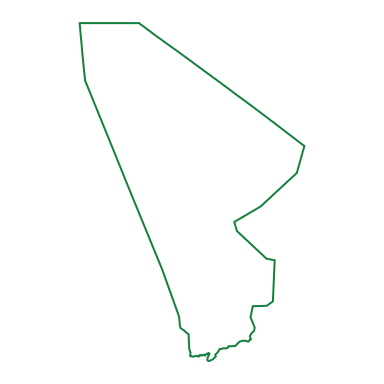 the district of Tombouctou, Timbuktu, Mali
{"feature_id": "8926073B54989133575544", "entity_name": "Tombouctou", "entity_type": "district", "adm_level": 2, "iso_a3": "MLI", "parent_name": "Mali", "parent_adm1": "Timbuktu", "projection": "robinson", "projection_center": [-3.022, 20.751], "detail": "fine", "context": "isolated", "style": "outline", "palette": "green", "viewbox_px": 384, "rotation_deg": 0, "n_neighbors": 0, "source": "geoboundaries", "source_scale": "gbopen_adm2", "svg_char_len": 2875}
<svg xmlns="http://www.w3.org/2000/svg" viewBox="0 0 384 384"><path d="M274.7,260.2L266.5,258.7L236.9,231.0L234.3,221.9L260.6,206.5L274.4,193.7L296.8,173.0L304.4,146.0L304.1,145.8L303.0,145.0L302.8,144.8L302.0,144.2L301.5,143.9L299.7,142.5L299.4,142.3L299.1,142.0L295.5,139.3L294.5,138.5L293.4,137.6L293.0,137.4L292.0,136.6L291.8,136.4L287.3,133.0L277.8,125.7L270.4,120.1L265.2,116.1L255.8,109.1L252.2,106.3L247.4,102.8L246.2,101.9L245.5,101.4L245.4,101.3L244.5,100.6L243.2,99.7L242.5,99.2L242.1,98.9L236.2,94.6L228.6,88.8L228.3,88.6L227.1,87.7L226.6,87.4L226.1,87.0L225.8,86.7L224.8,86.0L222.4,84.3L222.1,84.0L221.1,83.3L221.0,83.2L220.2,82.6L219.7,82.2L218.1,81.1L216.8,80.1L216.0,79.5L214.6,78.5L212.9,77.3L212.4,76.9L212.1,76.7L210.5,75.5L207.0,72.9L204.3,71.0L201.6,68.9L201.1,68.6L200.8,68.4L197.6,66.0L194.3,63.6L194.2,63.6L192.9,62.5L189.9,60.3L186.2,57.6L184.6,56.5L184.4,56.3L181.5,54.2L171.4,46.9L170.7,46.4L167.5,44.1L166.9,43.7L155.4,35.4L147.4,29.4L145.1,27.6L140.8,24.5L140.2,24.0L139.0,23.0L138.9,23.1L133.3,23.1L125.0,23.1L123.6,23.1L112.8,23.1L98.9,23.1L89.0,23.1L83.2,23.1L79.9,23.1L79.6,23.2L79.6,23.4L79.7,24.1L79.9,25.7L80.6,33.9L81.9,47.9L82.6,56.1L83.3,62.9L83.5,65.0L83.8,68.3L84.0,70.1L84.1,70.6L84.1,70.9L84.4,73.4L84.4,74.1L84.5,75.1L84.6,75.6L84.7,76.6L84.7,77.0L84.9,78.3L85.0,79.8L85.1,80.4L85.1,80.5L116.4,157.4L127.6,185.2L162.2,269.5L179.0,316.4L179.5,320.8L179.8,325.2L180.5,328.0L184.2,330.6L188.6,334.5L189.1,345.9L189.3,349.4L189.7,350.4L190.0,351.3L190.4,352.3L190.5,353.5L190.4,354.5L190.1,355.3L190.1,355.8L190.5,356.3L191.3,356.1L192.2,356.6L193.1,356.6L193.9,356.5L194.6,356.3L195.3,356.2L195.7,355.9L196.2,355.9L196.7,355.9L197.9,356.3L198.6,356.6L198.9,356.4L199.0,356.2L199.1,355.9L199.3,355.4L199.4,355.2L199.8,355.2L200.1,355.2L200.4,355.1L200.7,355.0L201.2,355.1L201.3,355.2L201.5,355.4L201.5,355.6L201.9,355.6L202.2,355.5L202.6,355.2L202.9,355.0L203.0,354.9L203.3,354.7L203.8,354.7L204.2,354.8L204.5,355.0L204.7,355.4L205.0,355.6L205.3,355.5L205.3,355.4L205.6,354.9L205.7,354.7L205.9,354.4L206.3,354.2L206.5,354.0L206.8,353.8L207.1,353.9L207.5,353.9L207.7,354.1L207.8,354.1L208.0,353.9L208.2,353.6L208.1,353.3L208.1,353.2L208.3,353.0L208.5,353.1L208.8,353.3L209.2,353.2L209.5,352.7L209.4,353.5L208.2,356.7L207.6,357.9L207.4,359.4L207.6,360.6L209.1,361.0L212.8,359.4L215.8,356.4L215.3,355.3L215.5,354.4L216.8,353.2L218.0,351.9L218.2,351.6L219.7,349.0L220.4,348.9L221.1,349.1L221.8,348.9L222.8,348.4L223.9,348.2L224.7,348.4L225.9,348.4L226.9,348.2L227.9,347.7L228.3,346.4L229.0,346.1L229.7,346.4L230.8,346.2L233.5,346.1L235.4,345.9L239.1,342.0L239.7,341.6L241.8,341.0L243.5,340.7L246.5,340.9L247.2,341.5L248.0,341.7L248.8,341.3L249.7,339.7L250.9,339.4L249.9,336.3L251.2,333.7L254.1,330.8L254.7,327.7L253.8,325.2L250.5,317.4L252.8,306.2L266.7,305.8L272.9,301.4L274.7,260.2Z" fill="none" stroke="#15803d" stroke-width="2"/></svg>